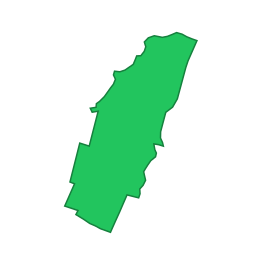 outline of Santa Clara do Sul, Rio Grande do Sul, Brazil, rotated 106°
{"feature_id": "56859067B9129320229569", "entity_name": "Santa Clara do Sul", "entity_type": "district", "adm_level": 2, "iso_a3": "BRA", "parent_name": "Brazil", "parent_adm1": "Rio Grande do Sul", "projection": "albers", "projection_center": [-52.138, -29.454], "detail": "fine", "context": "isolated", "style": "filled", "palette": "green", "viewbox_px": 256, "rotation_deg": 106, "n_neighbors": 0, "source": "geoboundaries", "source_scale": "gbopen_adm2", "svg_char_len": 1016}
<svg xmlns="http://www.w3.org/2000/svg" viewBox="0 0 256 256"><g transform="rotate(106 128 128)"><path d="M227.9,145.7L230.3,138.5L231.1,132.4L232.4,126.7L233.1,116.1L229.4,115.6L220.9,114.4L210.9,112.9L201.6,111.7L192.6,110.5L192.2,98.5L187.9,98.3L183.4,99.9L178.9,97.7L173.4,96.7L168.7,99.3L165.7,100.9L162.5,100.1L158.4,98.9L153.1,97.1L148.1,93.6L144.3,93.8L141.5,96.2L136.2,98.8L135.6,94.1L135.7,89.0L132.5,90.8L128.7,94.0L122.6,95.6L114.0,95.8L102.5,96.0L95.7,90.9L86.4,88.6L53.9,89.1L46.9,88.8L25.0,85.8L24.7,91.1L24.1,96.7L22.9,101.9L22.9,107.6L25.9,111.3L29.0,115.3L31.4,120.0L31.7,123.8L32.1,128.2L35.7,133.3L40.8,136.0L45.0,133.3L49.8,133.5L55.0,135.6L56.3,139.5L60.6,139.9L65.4,140.5L73.2,146.9L76.2,151.3L77.1,156.6L81.0,156.6L84.6,153.5L90.0,154.1L94.2,155.8L104.4,159.4L110.3,162.7L113.3,165.1L116.9,164.4L119.4,169.7L122.7,166.8L120.1,161.3L156.1,160.3L155.8,170.2L195.9,168.9L196.4,164.0L220.5,167.3L221.1,153.3L225.6,154.2L227.9,145.7Z" fill="#22c55e" stroke="#15803d" stroke-width="1.5"/></g></svg>